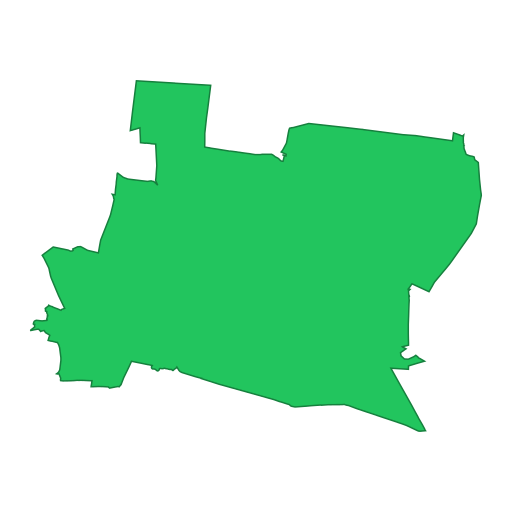 the district of San Francisco del Rincón, Guanajuato, Mexico, rotated 270°
{"feature_id": "50627088B79683891073354", "entity_name": "San Francisco del Rincón", "entity_type": "district", "adm_level": 2, "iso_a3": "MEX", "parent_name": "Mexico", "parent_adm1": "Guanajuato", "projection": "robinson", "projection_center": [-101.791, 20.925], "detail": "fine", "context": "isolated", "style": "filled", "palette": "green", "viewbox_px": 512, "rotation_deg": 270, "n_neighbors": 0, "source": "geoboundaries", "source_scale": "gbopen_adm2", "svg_char_len": 5870}
<svg xmlns="http://www.w3.org/2000/svg" viewBox="0 0 512 512"><g transform="rotate(270 256 256)"><path d="M81.3,425.5L82.4,424.8L82.8,424.7L83.1,424.6L87.2,422.4L93.7,418.6L95.4,417.8L99.7,415.4L106.6,411.7L130.6,398.2L143.8,390.9L142.7,408.4L146.1,408.5L148.7,417.1L150.8,424.5L153.4,420.0L154.2,418.4L155.4,417.6L155.9,416.7L156.7,415.8L155.3,413.8L152.8,408.3L153.0,404.4L156.3,400.9L156.6,401.0L159.3,400.5L162.4,404.8L163.2,406.0L165.0,402.5L165.2,402.3L165.8,404.4L166.8,408.5L169.3,408.5L172.9,408.4L178.2,408.3L182.1,408.3L187.7,408.3L195.6,408.6L202.6,408.8L208.2,409.0L211.8,409.2L214.7,408.9L215.4,409.4L215.9,409.3L215.5,408.9L221.5,408.5L221.6,409.0L222.6,410.0L223.0,408.2L224.2,409.2L228.2,412.0L220.3,429.0L226.3,432.5L226.9,432.8L228.7,433.8L230.0,434.6L239.8,442.8L243.1,445.6L247.9,449.5L249.4,450.6L250.2,451.2L278.6,471.3L288.1,476.3L295.9,477.5L307.8,479.6L313.5,480.7L316.5,481.3L317.9,481.2L322.0,480.6L332.5,479.5L349.5,478.3L352.3,474.7L354.9,474.2L355.2,473.9L355.7,472.3L356.2,469.7L357.1,467.3L357.6,466.3L358.4,465.8L360.0,465.4L360.5,465.1L363.6,464.0L366.1,463.9L366.3,463.8L366.4,464.0L366.6,463.8L368.0,463.8L369.1,463.4L369.9,463.3L370.8,463.4L372.0,463.3L374.5,463.3L377.0,463.7L376.0,462.5L376.8,459.9L377.0,459.9L377.1,459.5L379.2,453.5L371.2,452.5L374.3,430.4L375.2,423.6L375.5,421.9L376.4,415.6L377.3,403.0L382.1,365.7L382.3,364.0L382.6,362.5L382.7,360.8L384.3,347.1L386.2,329.7L386.8,324.3L388.5,308.8L384.4,293.1L384.3,291.8L383.8,289.6L382.2,289.0L379.0,288.3L372.9,287.2L372.1,287.1L368.8,286.4L361.9,282.7L360.0,281.2L357.7,286.2L356.0,285.9L357.0,283.5L357.2,282.5L357.0,282.8L357.0,283.1L356.4,284.4L352.3,283.4L350.7,283.0L350.9,281.3L351.7,280.2L352.5,279.5L353.6,278.3L354.6,276.5L355.0,275.6L355.2,275.2L355.5,274.9L356.3,273.9L357.1,272.8L357.7,271.6L357.7,262.1L357.4,260.4L357.4,255.1L357.8,252.5L358.4,249.0L358.5,247.9L359.2,242.7L359.7,239.5L359.8,238.3L360.1,236.6L360.7,232.1L360.9,230.2L360.8,229.8L361.1,228.2L362.2,221.4L362.9,217.1L363.3,214.4L363.8,211.1L364.1,209.8L364.8,205.5L365.0,204.7L371.0,204.8L378.7,204.8L394.4,206.5L403.1,207.7L426.7,210.7L428.8,174.8L428.9,174.7L431.2,136.4L401.0,132.6L381.4,130.3L381.5,130.6L381.7,131.3L381.8,131.9L382.5,134.1L382.7,135.0L384.2,139.9L381.5,140.0L375.3,140.3L369.3,140.5L368.8,145.2L368.9,146.5L368.7,148.2L368.6,149.6L368.5,150.3L368.3,151.0L367.9,155.7L346.3,156.8L333.8,155.9L331.9,155.6L331.5,155.6L328.3,157.0L326.8,157.7L330.0,154.4L330.5,153.6L330.8,152.1L331.1,151.2L331.1,150.9L331.0,150.6L331.0,150.2L330.9,149.8L330.9,149.2L330.7,148.3L330.6,147.5L331.2,142.2L332.8,129.1L333.0,127.8L333.1,127.3L333.3,127.0L333.4,126.6L333.7,126.0L334.1,124.6L334.9,122.9L338.9,117.7L338.7,117.3L338.0,117.2L337.1,117.0L335.4,117.0L330.1,116.3L328.0,116.2L322.7,115.5L317.2,115.1L317.7,112.3L316.4,113.1L314.8,113.6L314.1,113.6L313.1,113.9L312.7,114.2L305.7,112.6L297.5,110.6L295.4,109.9L272.0,100.7L266.7,99.7L259.1,98.4L261.6,87.8L262.0,86.9L264.4,82.6L264.7,82.0L265.4,80.6L265.2,77.6L263.0,72.8L261.7,73.2L261.2,72.6L261.1,72.3L260.8,70.7L261.8,68.4L261.9,68.1L263.0,63.0L263.1,62.3L263.9,58.6L265.0,53.2L259.2,45.5L259.0,45.1L257.0,42.6L256.7,42.2L253.8,44.0L244.9,48.4L244.0,48.8L242.9,49.1L240.9,49.5L235.9,50.6L234.0,51.2L222.0,56.2L216.3,58.6L203.6,64.7L202.7,62.0L202.4,61.5L201.7,61.0L203.4,56.9L203.5,56.5L204.7,53.4L205.4,52.2L205.6,51.2L206.2,49.7L206.8,48.7L205.9,48.3L204.5,46.4L204.1,45.9L203.7,45.4L203.5,45.7L202.4,45.4L200.9,45.5L200.5,46.7L200.2,46.6L198.9,46.9L197.2,47.6L196.2,47.8L196.0,47.3L195.7,47.4L193.5,47.0L193.3,46.8L192.9,46.8L192.5,46.8L192.4,47.1L191.7,47.0L191.6,46.9L191.3,44.1L191.1,42.2L191.2,40.7L191.5,38.4L191.7,36.3L191.4,35.5L190.9,34.5L190.6,34.2L189.5,33.7L188.0,33.3L187.8,33.5L187.6,34.5L187.5,34.4L186.2,34.5L185.0,34.7L184.4,33.8L183.4,32.6L182.6,31.5L182.3,31.1L181.8,30.7L181.5,30.8L182.2,34.1L182.8,37.6L182.8,38.2L182.7,38.6L182.6,38.9L182.4,39.1L180.5,40.7L180.9,41.4L181.5,44.1L180.8,44.6L179.4,45.5L177.6,48.5L176.7,49.8L174.4,48.9L171.6,48.1L170.8,51.2L170.8,51.7L170.8,52.0L169.5,57.0L169.6,57.4L169.1,57.7L168.1,58.2L166.9,58.8L165.0,59.4L163.7,59.7L154.2,60.9L152.6,60.9L151.6,60.9L144.0,60.0L142.5,59.8L141.9,59.6L141.2,59.3L140.2,58.8L139.4,58.1L139.0,57.7L138.2,56.6L138.0,57.3L138.2,58.9L137.1,59.4L134.8,60.3L133.8,60.7L132.1,60.5L131.4,60.6L131.1,63.0L131.2,69.3L131.4,73.9L131.7,77.1L131.6,79.4L131.7,79.5L131.6,84.1L131.5,85.6L131.3,90.3L131.3,92.0L127.0,91.4L126.9,91.3L125.3,91.1L125.3,93.4L125.5,98.4L125.4,103.1L125.1,108.1L125.0,108.3L123.9,109.6L125.1,115.7L125.5,118.1L125.4,118.5L125.2,119.2L126.7,120.4L127.6,120.9L127.5,121.1L134.3,123.7L141.9,127.4L145.0,128.9L150.7,131.5L148.9,140.6L147.4,147.8L147.2,149.2L146.5,152.2L146.0,151.8L145.5,151.6L145.2,151.5L144.6,151.5L144.2,151.5L143.5,151.9L143.2,152.4L143.0,152.7L143.0,152.9L143.0,154.4L142.8,154.8L142.7,155.1L142.6,155.4L142.2,155.9L141.8,156.3L141.5,156.6L141.1,157.5L141.1,158.0L142.0,159.1L142.3,159.3L143.0,159.4L143.3,159.5L143.5,159.8L143.6,160.4L143.4,161.2L143.3,162.4L143.4,163.3L143.7,164.0L143.8,164.3L143.7,164.7L143.7,164.9L143.4,165.6L143.3,166.2L143.2,167.5L142.8,168.4L142.7,169.1L142.5,169.8L142.5,170.2L142.6,171.2L142.5,171.5L142.4,171.9L142.0,172.2L141.7,172.3L141.6,172.5L141.5,173.0L141.7,173.3L142.9,174.5L143.8,176.0L144.3,176.6L144.5,176.7L144.9,176.9L141.7,178.9L140.9,179.6L140.5,180.0L140.2,180.5L139.7,181.5L139.4,182.2L135.4,195.1L134.6,198.0L133.7,201.6L133.4,201.4L130.9,209.3L127.7,219.3L126.8,222.6L112.5,273.6L112.1,274.8L110.5,279.2L109.9,281.5L108.1,287.0L107.4,289.4L106.2,290.5L105.7,291.7L105.1,294.7L105.1,295.9L105.9,306.8L106.3,310.9L107.0,321.0L106.8,321.2L107.3,328.3L107.3,329.7L107.4,341.9L107.6,344.5L107.3,345.0L106.8,346.7L106.5,348.5L103.3,357.0L88.2,402.0L86.6,406.4L81.2,417.8L80.9,418.8L80.8,420.1L81.3,425.5Z" fill="#22c55e" stroke="#15803d" stroke-width="1.5"/></g></svg>